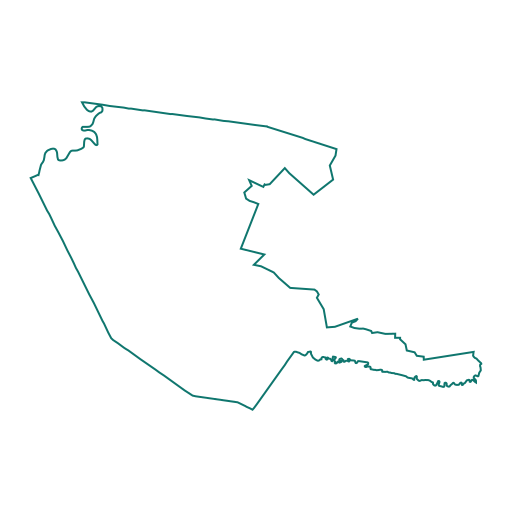 outline of Chisec, Alta Verapaz, Guatemala
{"feature_id": "79465075B86099287791236", "entity_name": "Chisec", "entity_type": "district", "adm_level": 2, "iso_a3": "GTM", "parent_name": "Guatemala", "parent_adm1": "Alta Verapaz", "projection": "albers", "projection_center": [-90.202, 15.889], "detail": "fine", "context": "isolated", "style": "outline", "palette": "teal", "viewbox_px": 512, "rotation_deg": 0, "n_neighbors": 0, "source": "geoboundaries", "source_scale": "gbopen_adm2", "svg_char_len": 6010}
<svg xmlns="http://www.w3.org/2000/svg" viewBox="0 0 512 512"><path d="M336.5,149.1L305.2,139.0L302.8,137.9L267.4,126.8L266.9,126.3L266.4,126.4L255.1,125.0L228.5,121.3L223.4,120.9L214.5,119.4L213.0,119.5L205.6,118.5L199.4,117.4L187.0,116.0L172.1,114.0L170.7,114.1L144.4,110.3L142.8,110.4L131.1,108.6L128.8,108.6L123.8,107.6L109.8,106.0L102.3,104.7L84.5,102.3L82.0,102.3L84.2,106.4L86.9,109.8L88.6,111.0L89.4,111.3L90.2,111.5L91.3,111.6L92.3,111.1L93.0,110.7L96.1,107.1L97.3,106.4L98.5,106.1L100.5,106.2L101.0,106.4L101.5,106.7L102.2,107.5L102.4,108.1L102.5,109.5L102.4,110.7L102.2,111.2L101.3,112.3L99.7,112.9L98.4,113.8L96.2,115.8L95.4,116.8L94.5,118.2L94.1,119.0L93.3,122.0L92.6,123.9L91.3,125.4L90.3,126.3L89.6,126.6L88.3,126.8L86.4,126.9L82.7,126.9L82.1,127.4L81.7,128.3L81.8,129.4L82.0,129.8L82.6,130.2L83.3,130.5L84.9,130.6L87.4,130.0L89.1,130.0L91.3,130.5L92.4,130.9L94.3,132.0L95.7,133.7L96.2,134.6L96.9,136.7L97.1,137.7L97.3,139.9L97.5,144.4L97.1,144.9L96.4,145.1L95.5,144.8L94.4,143.7L91.2,140.1L89.6,138.9L87.6,138.4L86.3,138.5L85.6,138.6L85.1,139.0L84.6,139.9L84.2,141.7L83.9,146.4L83.7,147.0L83.4,147.4L82.3,148.2L81.1,148.9L77.3,150.4L75.3,150.6L72.8,150.6L71.9,150.7L70.9,151.1L70.1,151.9L69.5,152.8L66.4,158.1L65.0,159.4L63.8,160.0L62.4,160.4L60.3,160.5L59.4,160.3L58.5,160.0L58.0,159.4L57.4,156.9L57.1,153.2L56.9,152.1L56.5,151.0L55.5,149.4L55.0,149.1L54.0,148.7L52.6,148.7L50.9,149.0L48.0,150.3L47.1,150.9L45.4,152.9L44.8,154.5L44.6,155.5L44.4,157.1L43.8,160.2L42.9,162.1L41.7,163.7L41.0,164.9L39.5,170.7L39.2,172.3L38.5,175.0L38.1,174.8L34.8,176.3L30.7,178.0L37.5,191.2L38.7,193.5L47.1,210.6L49.2,214.0L51.0,217.7L54.7,225.7L58.4,232.4L63.0,241.2L67.3,250.3L71.1,257.6L73.9,263.4L75.9,267.9L78.1,271.8L89.2,294.3L93.9,303.1L102.5,320.9L104.0,323.5L108.2,332.5L111.2,338.2L113.2,340.1L117.9,343.2L123.8,347.6L125.6,348.8L128.3,350.4L140.4,359.2L143.6,361.4L155.6,369.7L159.1,372.3L164.1,375.6L184.6,390.4L192.6,395.6L195.7,396.3L237.6,402.3L245.4,406.1L246.5,406.8L249.9,408.3L252.5,409.7L254.0,408.0L256.9,404.1L281.4,369.7L284.7,365.2L287.2,361.3L291.9,354.8L293.9,352.0L294.7,351.7L296.2,351.8L297.5,352.3L299.5,352.9L301.6,354.3L304.5,355.5L305.3,355.3L306.3,354.5L307.4,353.1L307.9,352.1L310.4,351.5L310.8,351.7L311.0,352.0L310.9,353.1L311.1,354.0L312.9,357.5L315.3,359.5L316.8,360.3L317.4,360.6L318.0,360.7L318.7,360.6L319.3,360.3L320.3,359.4L321.4,359.3L321.6,357.9L321.9,357.5L322.3,357.2L322.8,357.0L323.5,357.0L325.1,357.6L325.7,357.5L326.2,357.8L325.8,359.0L326.4,359.5L326.8,359.6L327.2,359.4L327.3,357.9L327.6,357.6L328.1,357.8L328.7,358.6L330.2,358.8L330.7,359.2L331.0,359.6L331.6,361.0L332.2,361.2L332.6,360.8L332.8,357.2L333.0,356.7L333.7,356.7L335.2,357.0L335.7,357.2L335.8,357.7L334.1,360.0L334.6,361.0L335.4,362.0L335.1,362.5L334.8,362.9L335.2,363.4L335.7,363.4L336.4,363.3L337.1,362.7L337.8,361.7L338.3,361.8L339.1,362.5L339.6,362.6L341.5,361.8L341.8,361.4L341.5,361.0L339.4,360.8L339.2,360.1L339.4,359.4L339.8,359.0L340.2,358.8L341.4,358.5L342.0,358.9L342.8,360.1L343.4,360.2L343.7,360.8L344.1,361.8L344.7,361.7L345.3,361.2L346.0,360.8L347.1,360.7L347.7,360.9L348.2,361.3L348.9,361.5L349.3,361.1L348.1,359.7L348.0,359.1L348.6,358.9L349.2,358.9L349.7,359.2L350.5,360.2L350.9,360.3L353.6,360.5L354.7,360.7L355.0,361.1L355.2,361.5L355.3,362.2L355.7,363.0L356.2,363.1L356.8,362.9L357.3,362.3L358.1,361.1L358.9,361.1L367.6,362.4L367.9,362.6L368.2,363.0L368.1,364.2L367.7,364.6L365.2,365.7L364.8,366.0L364.8,366.5L365.1,366.8L365.6,367.0L366.2,367.0L367.2,366.5L369.7,366.6L370.3,366.9L370.6,367.7L370.5,368.7L370.8,369.2L372.5,369.5L373.5,369.8L375.4,369.9L376.4,370.2L378.2,370.1L380.4,369.7L381.3,369.8L381.9,370.0L382.2,370.5L382.2,371.6L382.6,371.8L383.8,371.8L385.5,371.9L387.3,371.7L388.5,372.3L389.0,372.5L390.0,372.5L391.5,373.0L394.1,373.2L394.7,373.4L395.0,373.7L395.7,373.9L396.8,373.9L402.1,375.2L405.7,376.2L406.2,376.4L407.5,377.5L408.6,377.8L412.1,378.4L413.7,379.8L414.2,379.8L414.5,377.5L415.5,376.5L416.0,376.2L416.4,376.1L416.8,376.5L416.7,378.4L417.0,379.1L418.6,380.6L419.4,380.9L420.0,380.8L421.5,380.1L423.8,380.2L425.3,380.0L428.1,380.1L428.7,380.2L430.2,380.9L431.7,382.1L432.3,382.2L432.9,382.5L433.0,383.5L433.1,384.2L433.6,384.8L434.2,385.3L434.9,385.6L435.4,385.6L435.9,385.4L437.1,383.5L438.0,381.5L438.2,381.1L438.9,381.0L439.4,381.5L439.4,382.4L438.8,384.2L438.7,385.4L439.1,385.8L439.7,386.0L440.7,386.2L443.1,386.9L443.9,386.8L444.2,386.4L444.4,385.9L444.4,384.5L444.6,383.1L445.2,382.7L445.9,382.8L446.2,383.0L446.6,383.5L446.7,385.5L447.1,386.0L448.3,386.6L448.8,386.6L449.5,386.5L449.9,386.0L450.6,385.1L452.0,384.0L452.8,383.1L453.3,382.8L453.9,383.0L454.7,384.2L455.3,384.6L456.7,384.9L458.7,384.8L459.3,384.2L460.0,383.2L460.5,382.8L461.1,382.6L461.6,382.8L461.8,384.5L462.1,385.0L462.7,384.9L463.7,383.6L464.2,383.4L465.0,382.9L466.8,380.4L467.3,380.2L468.8,379.8L469.4,380.0L469.6,380.6L469.7,381.7L470.2,381.9L470.8,381.6L471.6,380.2L472.2,379.8L472.8,379.9L475.2,382.0L476.0,382.5L476.0,380.9L475.8,380.2L475.4,379.7L474.0,378.2L473.7,377.6L473.8,376.9L474.4,376.0L474.8,375.7L475.5,375.4L477.9,376.3L478.4,376.0L479.3,372.6L480.6,370.7L480.8,370.2L480.5,367.3L480.1,366.3L480.1,365.2L480.2,364.7L480.6,364.2L481.0,364.1L481.3,363.8L481.1,363.2L478.1,360.4L476.5,358.6L474.9,357.9L473.7,356.7L473.1,355.7L473.5,352.4L473.6,351.9L423.8,359.7L423.7,356.7L416.8,355.8L414.6,352.3L406.8,350.5L405.5,344.3L400.1,339.3L400.1,337.8L395.1,337.8L395.2,333.7L385.4,333.9L377.5,332.2L372.1,333.0L371.2,331.0L366.1,329.3L363.3,328.6L359.5,328.7L354.4,328.0L350.3,326.5L351.8,322.7L355.6,321.2L357.9,318.7L334.9,326.8L326.9,327.4L323.7,309.2L316.9,297.8L318.7,294.5L316.9,291.4L314.5,289.6L290.2,287.9L278.8,278.0L273.8,272.5L261.1,266.3L253.9,264.8L264.3,254.5L240.8,248.7L258.3,204.0L253.8,202.2L249.6,200.9L246.1,198.6L244.3,192.5L251.7,185.9L249.2,180.2L263.3,186.9L264.6,184.4L265.4,184.9L269.7,184.2L284.8,168.1L289.3,173.2L313.6,194.7L333.1,179.6L329.8,165.5L335.5,155.6L336.5,149.1Z" fill="none" stroke="#0f766e" stroke-width="2"/></svg>